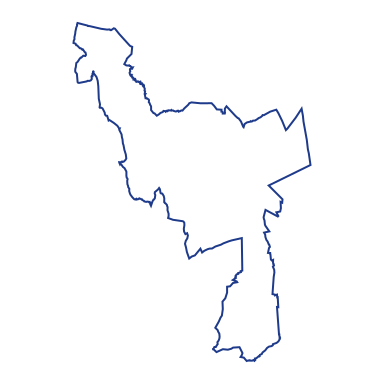 outline of San Salvador, Hidalgo, Mexico
{"feature_id": "50627088B65020558146987", "entity_name": "San Salvador", "entity_type": "district", "adm_level": 2, "iso_a3": "MEX", "parent_name": "Mexico", "parent_adm1": "Hidalgo", "projection": "equal_earth", "projection_center": [-99.069, 20.296], "detail": "fine", "context": "isolated", "style": "outline", "palette": "blue", "viewbox_px": 384, "rotation_deg": 0, "n_neighbors": 0, "source": "geoboundaries", "source_scale": "gbopen_adm2", "svg_char_len": 5910}
<svg xmlns="http://www.w3.org/2000/svg" viewBox="0 0 384 384"><path d="M301.6,108.7L295.7,117.7L287.4,128.6L285.9,130.1L282.2,121.0L278.4,113.2L276.3,109.7L270.3,111.6L263.8,115.2L262.6,115.1L262.1,116.0L260.5,117.3L258.4,118.2L257.7,118.9L255.1,120.5L252.8,120.7L252.1,121.4L251.1,121.6L250.7,121.2L250.1,121.7L247.0,122.4L244.6,124.0L243.6,127.2L243.2,126.8L241.0,121.5L238.6,118.3L237.8,118.1L235.4,115.9L226.5,106.3L224.9,108.6L224.8,111.8L225.0,112.4L224.8,113.5L222.7,113.5L222.7,112.3L222.3,111.7L221.4,111.6L221.5,109.7L216.8,109.4L214.1,105.8L211.6,103.2L200.8,103.3L191.5,102.4L189.3,103.2L188.3,104.7L184.2,108.5L182.5,110.6L181.3,110.4L180.3,111.1L179.5,111.4L179.0,111.1L178.6,111.5L178.1,110.7L177.2,110.8L176.8,111.3L175.7,111.5L173.7,110.9L172.9,110.4L171.7,110.6L171.3,110.0L170.7,110.5L168.5,110.3L167.8,111.0L167.3,110.7L167.0,111.2L166.5,111.0L166.1,111.4L165.7,111.2L165.5,111.5L165.3,111.2L163.5,110.9L162.7,112.1L160.5,112.9L159.1,114.2L156.8,115.7L154.5,113.3L153.5,113.1L151.1,110.1L151.1,106.7L150.7,105.5L150.1,104.8L149.7,103.3L148.8,102.2L149.0,100.5L148.8,99.6L146.9,98.3L146.4,98.5L146.0,98.0L145.5,98.1L144.9,94.8L145.5,93.9L144.7,93.7L145.1,91.2L144.5,90.6L144.8,88.9L144.0,86.9L143.5,86.6L144.0,86.2L144.0,85.4L143.8,85.1L143.5,85.5L142.7,85.1L142.1,83.3L141.8,83.3L141.8,84.1L141.1,83.7L140.8,84.1L140.3,84.0L140.1,83.4L140.7,82.5L140.4,81.6L139.8,81.8L139.6,82.4L138.4,81.9L137.9,81.3L136.7,81.9L136.2,81.8L135.8,80.7L135.0,80.4L135.5,79.7L135.2,78.9L134.9,78.7L134.3,79.0L133.6,78.5L133.3,78.9L133.0,77.6L132.3,77.6L131.8,75.7L131.4,75.7L131.0,75.3L130.9,75.9L130.5,75.5L130.5,75.0L130.9,74.7L130.1,74.6L129.7,73.4L129.6,72.6L130.3,71.3L129.9,69.9L130.0,69.1L130.7,68.7L132.1,68.8L132.7,67.6L132.0,67.8L132.0,67.6L131.9,68.0L131.6,67.9L132.1,67.3L131.1,66.9L130.4,66.0L129.5,65.9L129.1,65.3L128.2,65.6L126.3,65.4L124.3,64.1L126.4,60.2L126.9,58.6L131.5,54.0L132.2,46.8L130.2,46.0L129.1,44.9L119.4,34.2L115.0,28.7L113.8,28.3L111.2,30.1L110.3,30.1L109.7,29.4L107.1,29.6L101.2,28.8L89.6,26.1L87.9,26.0L87.7,25.6L77.5,23.0L77.0,24.6L77.1,25.7L76.4,27.1L75.4,31.6L75.2,33.7L74.4,37.4L74.5,39.2L73.8,40.5L73.5,43.0L75.6,43.7L76.2,45.2L77.1,45.4L79.8,48.2L80.7,48.2L82.2,49.6L82.6,49.2L82.9,49.3L84.7,52.1L85.5,52.5L86.0,54.9L85.3,56.0L83.3,55.7L81.2,57.7L80.7,57.6L79.7,58.7L77.6,61.9L76.3,63.0L75.8,67.2L75.3,68.9L75.2,70.9L75.3,71.8L76.9,73.9L77.6,82.1L78.2,82.8L79.2,82.9L86.8,81.4L87.4,80.9L89.5,80.9L90.9,80.3L91.8,79.0L91.5,76.5L91.7,76.1L92.5,76.2L92.7,75.2L92.4,74.2L92.5,73.6L92.9,73.3L93.0,71.6L93.8,70.8L93.5,71.6L93.6,73.1L96.5,77.0L97.7,80.8L98.3,86.2L98.8,98.8L100.0,104.3L99.6,107.5L99.9,107.8L101.4,107.7L102.6,108.5L104.7,112.6L104.9,114.2L105.4,115.1L105.8,115.6L107.2,115.8L108.6,120.5L109.4,120.0L113.8,122.9L117.3,125.7L118.8,127.9L119.1,128.9L119.7,128.7L119.3,129.9L121.6,134.5L121.9,137.2L122.5,139.3L122.9,143.5L123.5,145.1L124.4,149.9L125.8,154.4L126.3,158.5L125.5,159.9L123.8,161.6L122.5,162.0L122.1,161.5L121.7,161.6L120.7,162.3L119.2,162.2L119.3,162.7L120.0,164.3L120.3,163.8L121.1,164.2L122.9,166.9L124.5,168.1L126.1,171.0L126.4,171.7L126.4,175.8L126.7,177.7L127.4,178.5L127.6,179.2L127.2,180.7L127.4,184.2L128.1,186.0L128.2,187.1L129.3,188.8L129.2,191.1L129.9,193.4L130.4,194.6L132.3,197.2L134.2,199.2L135.2,199.5L135.9,199.0L136.2,199.4L136.7,198.9L137.1,199.4L138.0,199.3L139.2,198.4L139.6,198.8L140.7,198.8L141.6,199.5L142.0,199.4L142.3,200.0L143.9,200.8L144.2,201.4L146.2,201.9L147.1,201.6L148.7,201.8L149.0,202.2L149.6,202.0L149.7,202.5L150.2,202.6L150.2,204.1L151.0,205.8L152.5,201.4L153.5,199.6L153.9,199.6L154.8,198.4L155.3,195.0L154.7,193.5L154.9,192.1L158.1,189.4L159.1,188.0L159.8,189.0L160.1,190.2L160.5,192.9L161.0,193.4L162.3,193.6L163.7,195.9L164.3,198.4L164.2,202.1L164.6,202.3L164.8,203.0L165.7,203.5L167.0,205.1L167.1,206.0L167.6,207.1L167.5,210.2L168.6,213.7L168.6,216.0L168.1,218.0L173.0,219.8L182.7,221.2L183.5,221.6L184.3,222.8L184.4,225.2L183.8,228.9L184.1,231.6L185.4,234.1L187.1,233.2L187.9,235.5L187.3,238.4L185.8,240.8L185.0,243.8L186.0,247.4L186.9,252.0L189.2,258.5L191.8,256.5L194.9,255.4L200.4,248.7L202.1,252.5L204.3,250.8L207.6,249.2L209.6,248.6L212.1,248.5L215.4,246.5L220.9,244.7L223.5,243.3L228.8,241.3L231.7,240.4L241.8,238.1L242.3,270.6L240.7,271.1L240.9,272.1L238.1,273.1L238.2,273.9L236.6,274.4L235.5,276.0L235.9,276.7L235.3,277.3L235.8,278.0L232.9,280.0L236.7,281.4L237.2,282.2L233.0,283.0L230.1,286.3L227.1,286.7L227.1,292.6L225.3,298.3L222.5,301.6L222.8,309.1L221.9,315.6L220.6,317.5L218.8,321.6L215.3,327.8L217.6,330.0L218.2,331.7L219.3,333.6L219.6,336.6L219.4,338.5L218.6,340.6L217.4,342.2L217.7,344.1L216.3,346.0L216.2,346.6L215.8,347.0L214.4,347.0L213.4,348.9L212.3,349.2L213.7,349.4L216.5,352.1L222.9,349.2L227.9,349.7L231.4,348.7L233.1,347.6L239.5,347.2L242.5,353.1L241.8,355.1L240.6,357.0L243.8,357.6L246.7,361.0L248.4,360.4L249.0,360.7L249.8,360.2L250.7,360.7L252.4,360.6L253.4,360.0L254.4,360.9L255.3,360.0L255.0,358.5L256.4,358.2L258.7,356.2L259.2,356.5L259.6,356.3L259.5,355.8L259.9,354.9L261.8,354.0L262.5,352.5L265.2,350.4L267.1,347.9L269.0,346.6L271.6,346.1L272.8,345.3L272.9,344.2L276.6,342.9L278.4,341.4L280.0,338.7L279.5,338.0L280.0,337.3L279.4,336.2L279.3,334.4L279.0,334.4L277.0,307.0L278.3,307.2L277.7,297.2L277.2,297.3L277.0,294.6L275.1,295.3L275.1,294.7L272.5,294.1L273.7,277.0L274.4,272.5L274.2,269.7L272.9,266.7L274.0,265.5L273.6,264.0L273.3,264.1L273.0,262.5L273.1,259.9L271.8,260.5L270.9,259.5L270.4,254.1L270.0,253.8L270.1,253.0L268.0,252.9L269.0,248.0L269.9,246.9L269.2,244.6L268.8,244.5L267.6,241.5L266.4,239.9L265.4,237.0L265.2,234.7L264.1,232.6L269.3,231.4L265.3,225.6L264.9,224.5L264.5,220.4L263.9,218.9L263.6,217.2L265.5,209.9L277.8,216.5L278.3,216.0L276.4,212.3L280.2,211.5L280.9,208.2L280.6,201.9L282.2,202.7L282.5,199.3L268.7,185.5L310.5,165.0L308.8,153.3L307.9,149.4L306.8,139.9L303.5,121.6L302.9,115.7L301.6,108.7Z" fill="none" stroke="#1e3a8a" stroke-width="2"/></svg>